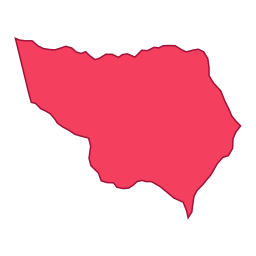 Paripueira, Alagoas, Brazil (Equal Earth projection)
{"feature_id": "56859067B67835953872342", "entity_name": "Paripueira", "entity_type": "district", "adm_level": 2, "iso_a3": "BRA", "parent_name": "Brazil", "parent_adm1": "Alagoas", "projection": "equal_earth", "projection_center": [-35.596, -9.443], "detail": "fine", "context": "isolated", "style": "filled", "palette": "rose", "viewbox_px": 256, "rotation_deg": 0, "n_neighbors": 0, "source": "geoboundaries", "source_scale": "gbopen_adm2", "svg_char_len": 1184}
<svg xmlns="http://www.w3.org/2000/svg" viewBox="0 0 256 256"><path d="M15.4,38.3L29.5,96.2L31.4,102.4L35.6,103.4L40.7,108.7L46.0,111.2L50.2,113.7L54.6,118.8L57.4,123.1L63.0,127.1L69.5,130.6L74.8,134.3L81.4,136.2L88.6,138.1L90.7,146.2L89.0,158.2L90.9,165.6L98.4,173.0L101.2,180.8L107.0,182.6L113.5,182.8L116.8,187.2L123.5,188.6L128.8,188.0L133.4,185.0L137.0,181.6L141.9,180.4L146.0,181.6L151.4,181.6L159.8,186.3L167.2,192.4L174.2,198.2L183.2,202.2L186.7,211.1L188.1,217.7L191.8,212.0L192.8,204.4L193.9,196.7L196.8,190.8L203.0,184.4L207.0,179.4L210.6,175.2L213.5,170.4L217.0,164.1L222.6,157.5L228.4,155.6L232.6,148.4L233.0,138.7L235.8,132.1L240.6,125.9L236.3,121.6L231.7,115.9L229.0,109.4L224.9,101.2L220.9,91.1L213.7,83.3L209.1,75.8L209.0,67.3L207.8,58.6L203.8,51.9L198.3,49.2L192.8,50.2L186.3,51.9L181.2,49.5L175.1,45.7L168.1,45.5L163.1,45.8L158.8,47.9L154.2,47.3L147.2,50.7L141.9,50.2L134.9,57.1L127.5,53.9L122.7,54.5L118.4,57.3L112.1,54.3L105.8,54.3L100.0,58.0L95.1,59.6L90.2,56.1L85.6,51.7L81.0,53.5L76.1,51.9L71.8,48.0L65.8,46.3L60.9,48.0L54.9,49.9L49.3,49.5L43.2,48.5L37.8,45.8L32.1,40.8L25.5,40.8L19.5,40.1L15.4,38.3Z" fill="#f43f5e" stroke="#9f1239" stroke-width="1.5"/></svg>